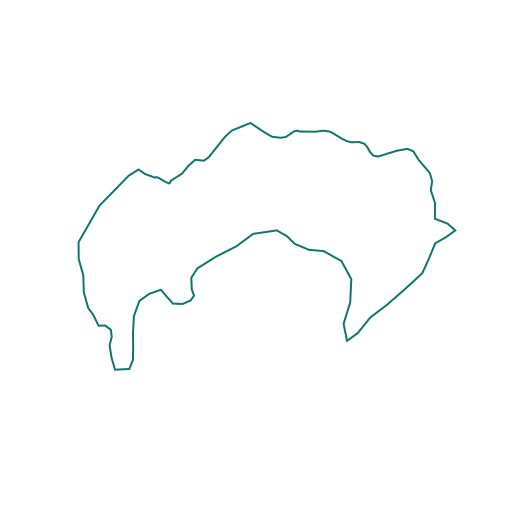 map outline of Sabirabad (Equal Earth projection), rotated 299°
{"feature_id": "AZE-1714", "entity_name": "Sabirabad", "entity_type": "District", "adm_level": 1, "iso_a3": "AZE", "parent_name": "Azerbaijan", "parent_adm1": "", "projection": "equal_earth", "projection_center": [48.677, 39.865], "detail": "fine", "context": "isolated", "style": "outline", "palette": "teal", "viewbox_px": 512, "rotation_deg": 299, "n_neighbors": 0, "source": "natural_earth", "source_scale": "10m", "svg_char_len": 1384}
<svg xmlns="http://www.w3.org/2000/svg" viewBox="0 0 512 512"><g transform="rotate(299 256 256)"><path d="M182.1,94.1L224.2,94.7L264.7,105.8L274.7,111.3L273.9,118.9L275.5,129.6L276.8,130.8L277.1,133.7L276.9,139.9L277.3,144.8L278.5,145.4L280.4,144.9L292.0,151.3L302.2,153.2L310.6,156.1L314.1,164.2L319.5,166.8L345.2,171.1L354.1,174.1L369.6,186.6L368.2,204.2L368.1,212.4L371.4,220.3L374.5,224.4L380.1,227.2L383.1,228.6L385.9,231.7L386.0,233.7L393.2,247.2L398.4,254.5L400.5,259.9L400.7,263.7L400.2,275.0L400.5,279.8L401.9,284.6L405.7,291.0L406.7,296.4L405.3,300.3L402.5,304.8L400.7,309.7L402.2,314.6L416.3,328.1L423.2,336.6L423.8,343.0L419.0,351.5L412.8,367.9L406.8,373.8L398.3,377.0L389.0,387.0L375.3,394.4L377.2,407.9L375.0,417.9L364.9,413.2L354.0,406.6L337.6,408.5L321.7,409.8L299.4,402.4L277.3,394.4L257.7,385.8L238.1,382.4L225.9,376.8L239.1,365.5L261.1,360.9L281.9,350.6L293.0,333.2L293.0,312.6L287.1,299.4L285.4,284.2L288.3,273.4L288.5,261.8L274.0,242.8L254.9,234.1L236.3,221.5L216.8,210.7L205.6,210.0L195.8,215.9L191.3,221.0L185.5,220.4L178.5,215.1L174.1,206.4L177.3,197.3L180.4,189.2L171.0,180.9L160.2,175.8L144.4,178.3L129.1,185.7L117.2,192.5L105.3,198.8L95.8,200.0L88.2,187.8L97.1,178.9L106.8,171.3L115.6,168.9L121.2,164.7L122.0,157.6L118.7,152.1L125.5,142.4L129.2,134.4L140.9,122.9L155.3,114.4L167.4,102.4L182.1,94.1Z" fill="none" stroke="#0f766e" stroke-width="2"/></g></svg>